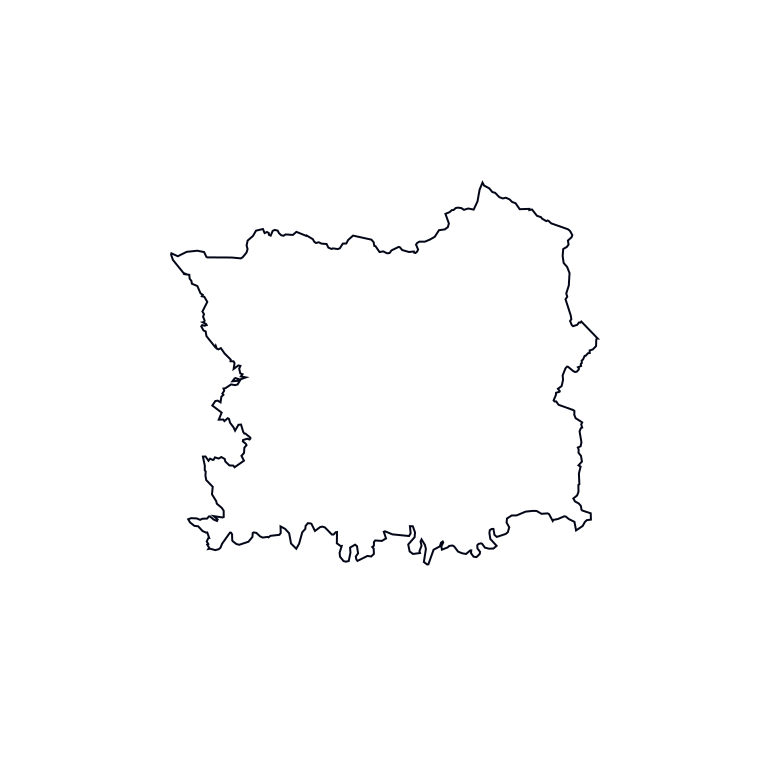 outline of Ahuatlán, Puebla, Mexico, rotated 49°
{"feature_id": "50627088B15804587261784", "entity_name": "Ahuatlán", "entity_type": "district", "adm_level": 2, "iso_a3": "MEX", "parent_name": "Mexico", "parent_adm1": "Puebla", "projection": "albers", "projection_center": [-98.289, 18.572], "detail": "fine", "context": "isolated", "style": "outline", "palette": "ink", "viewbox_px": 768, "rotation_deg": 49, "n_neighbors": 0, "source": "geoboundaries", "source_scale": "gbopen_adm2", "svg_char_len": 6165}
<svg xmlns="http://www.w3.org/2000/svg" viewBox="0 0 768 768"><g transform="rotate(49 384 384)"><path d="M563.5,282.3L561.2,280.1L559.1,279.4L560.0,276.5L557.6,273.3L548.1,267.5L546.5,264.5L546.9,263.0L543.9,261.7L543.0,259.6L535.5,261.8L532.1,260.6L529.3,258.0L528.0,258.2L514.2,265.9L510.1,265.5L509.1,266.7L507.7,266.8L505.0,261.4L503.5,259.9L505.0,256.7L504.7,256.0L501.7,255.9L502.1,251.3L498.4,246.2L494.7,243.5L491.2,236.7L491.0,234.4L491.8,233.8L498.4,232.7L500.2,232.0L501.2,230.5L500.8,227.4L500.0,226.6L498.6,226.6L499.7,223.4L498.0,222.4L497.9,220.9L496.0,219.4L496.1,217.8L494.4,214.1L495.0,213.3L494.6,209.9L495.6,208.4L493.6,206.8L494.9,203.8L494.5,199.1L489.8,194.7L489.2,193.5L489.8,192.9L466.3,194.1L466.5,195.5L465.5,196.4L466.1,199.4L464.4,203.4L462.6,203.6L458.5,202.2L458.1,200.2L454.8,198.1L439.1,191.4L438.4,188.5L435.2,187.0L430.9,179.9L422.0,171.2L415.8,169.0L410.5,169.0L404.6,165.2L399.7,160.2L400.5,156.0L399.8,153.2L396.4,151.1L396.3,146.2L395.2,144.2L390.5,143.2L387.8,143.7L372.5,152.4L369.0,152.8L367.9,153.3L367.5,154.7L363.0,156.2L361.0,156.1L357.4,158.2L349.4,157.8L348.1,160.2L347.2,159.4L341.1,166.9L333.8,166.1L330.7,167.9L327.1,168.1L323.4,169.8L321.9,172.6L318.6,174.4L312.6,174.7L310.2,176.3L305.4,176.2L299.8,178.3L296.6,177.5L300.0,184.3L307.5,193.6L311.2,201.9L306.8,205.3L305.0,209.4L302.0,210.2L299.4,212.5L298.3,214.3L298.3,217.5L297.3,218.6L297.3,221.9L295.9,226.0L305.4,229.7L307.5,232.9L307.2,236.7L304.0,241.6L306.2,249.1L305.1,254.6L303.4,259.8L299.8,263.9L299.3,266.3L299.8,268.4L304.8,270.0L305.8,272.0L305.8,274.3L304.6,275.1L303.6,274.5L300.7,278.6L294.8,282.4L291.3,282.3L290.2,282.9L288.1,290.6L288.8,293.9L287.4,295.9L283.4,297.6L281.5,300.8L274.4,300.0L273.4,300.7L270.2,298.8L266.8,298.8L251.7,310.0L251.8,316.6L253.2,320.3L251.0,323.0L252.6,328.2L251.9,330.3L248.1,333.6L247.7,335.0L244.6,336.5L240.7,335.5L237.0,339.1L234.2,340.3L232.9,342.9L230.8,343.3L228.0,342.7L221.1,345.0L221.2,345.5L211.7,350.3L211.7,355.0L206.6,360.1L206.2,362.6L204.2,364.0L201.1,364.3L198.6,363.6L196.1,365.3L195.4,367.5L197.7,372.2L195.9,373.0L194.5,371.9L192.5,372.6L191.8,375.1L187.6,373.7L184.3,380.0L186.3,385.7L186.3,392.8L189.2,396.7L192.7,398.5L194.6,401.5L195.6,407.4L195.3,409.6L188.6,416.0L172.5,434.3L171.4,434.6L166.4,433.2L160.9,437.5L154.8,446.2L152.3,455.8L145.9,458.7L146.7,459.8L151.9,461.9L168.7,462.5L170.2,461.7L170.3,462.4L173.9,459.3L177.0,461.6L179.8,461.7L182.3,463.2L187.6,460.6L195.2,463.0L197.8,462.3L198.3,463.9L200.3,462.4L206.1,463.5L210.2,473.5L213.2,474.0L214.5,476.4L218.5,477.8L219.2,479.0L218.5,480.3L222.1,478.9L223.2,479.2L222.2,481.3L220.3,482.5L220.6,484.1L225.1,485.1L227.3,484.1L231.4,486.6L245.3,487.2L244.7,485.9L247.6,487.0L249.2,486.3L249.9,483.6L256.4,484.3L265.1,483.7L266.1,484.9L268.2,482.7L270.2,483.1L274.0,487.6L274.4,481.8L276.1,480.5L277.5,483.3L281.7,485.5L283.8,484.4L284.4,487.0L288.4,483.9L286.1,489.8L282.0,492.3L281.8,493.3L282.5,496.6L286.9,490.5L288.3,494.8L287.2,497.1L284.0,499.7L283.1,506.6L282.1,508.1L284.3,509.1L285.2,512.3L286.8,512.3L286.9,515.1L290.6,519.4L287.5,520.4L286.2,522.4L287.6,527.7L299.1,525.3L302.5,532.1L305.4,528.6L307.3,528.8L307.3,524.4L308.6,523.9L312.3,525.6L318.0,526.0L321.5,527.0L319.3,520.6L320.8,518.5L327.8,521.7L329.8,521.9L330.5,521.1L336.8,520.1L337.5,520.6L337.7,521.9L335.6,523.1L333.8,527.1L334.7,528.2L338.4,527.5L340.0,527.9L340.4,531.1L344.2,534.9L344.7,538.7L350.0,540.0L348.8,551.4L346.7,551.3L344.0,554.1L338.4,554.6L336.1,553.4L332.4,554.7L331.8,557.7L328.5,559.7L329.4,562.3L329.0,563.0L326.2,564.3L326.8,566.8L321.6,566.3L320.0,568.3L328.2,572.9L331.4,575.8L333.1,576.0L336.0,578.9L339.9,581.2L349.2,580.7L354.4,586.2L362.3,587.5L364.7,588.7L371.0,587.7L374.4,588.1L379.2,592.2L378.8,593.4L372.0,599.2L377.1,598.4L377.8,599.9L374.5,601.5L369.7,602.2L369.1,603.0L369.5,605.8L366.5,609.5L365.9,611.9L362.6,613.5L358.7,617.6L357.6,620.5L361.2,621.2L366.6,620.2L369.5,617.6L375.9,617.4L379.2,615.9L380.1,614.8L385.4,616.9L384.9,617.3L386.5,621.1L389.5,621.6L389.2,622.8L392.9,623.4L393.3,624.8L394.2,623.3L398.7,620.3L400.3,617.0L400.3,614.9L398.3,610.9L395.1,597.7L395.9,597.0L397.8,597.3L402.4,601.1L403.5,601.3L407.9,600.4L410.4,598.7L414.1,589.8L413.1,583.6L410.3,580.8L410.6,579.6L412.7,578.0L417.7,577.5L420.3,576.3L423.1,572.1L424.0,571.8L424.1,569.3L429.2,561.9L428.7,559.7L423.6,555.5L428.4,553.7L434.4,553.5L443.4,558.8L450.8,558.3L448.8,552.8L442.3,543.0L441.7,538.4L439.7,536.3L439.1,532.8L440.9,531.0L441.9,530.5L449.6,532.5L450.1,526.1L451.1,524.2L453.4,522.7L463.4,522.1L464.5,520.8L464.2,517.7L464.9,516.6L473.3,524.1L478.0,523.0L478.5,522.2L482.3,528.3L485.5,530.5L491.1,530.7L493.0,529.4L494.5,526.8L489.3,520.0L485.2,516.9L486.3,511.2L488.7,510.8L493.4,513.8L494.8,514.7L495.7,518.5L498.3,520.0L500.1,520.1L502.9,509.3L505.8,506.8L505.6,503.1L501.5,499.8L499.3,499.8L499.4,497.7L496.7,495.3L496.3,493.3L501.0,488.6L501.9,483.8L495.4,481.1L495.8,479.9L503.0,476.3L515.2,464.8L514.1,461.8L508.3,457.7L510.3,455.6L516.4,458.0L519.7,461.4L521.0,471.0L527.2,474.5L531.3,473.6L535.2,467.7L533.4,466.9L530.7,461.8L526.8,459.7L525.9,457.6L532.3,458.7L536.0,460.6L544.5,470.7L548.6,469.8L549.2,468.8L541.6,455.3L543.2,448.4L541.2,445.1L541.4,443.0L542.5,443.3L544.0,447.1L547.0,449.0L549.1,443.2L549.0,441.0L550.9,438.2L552.8,437.6L559.0,438.1L563.0,436.1L566.1,433.6L566.2,428.0L566.8,427.3L568.7,429.3L573.1,429.7L575.3,427.8L575.1,423.3L573.7,421.6L569.5,421.4L566.9,419.4L566.7,417.7L567.8,415.4L569.0,414.8L573.7,415.2L577.2,412.8L580.0,409.3L580.0,405.2L570.7,405.4L565.6,402.2L563.7,400.0L564.0,397.9L565.2,396.5L570.3,399.6L573.4,399.2L577.0,390.6L577.1,387.8L574.3,383.5L569.0,382.4L566.2,379.4L567.0,373.9L570.2,370.1L573.2,360.9L577.4,354.9L580.0,352.1L585.3,350.3L589.0,345.4L590.5,344.8L598.1,346.5L597.7,345.3L600.0,341.3L602.1,334.8L603.2,333.8L607.2,333.1L613.0,330.7L620.5,335.1L621.5,327.2L619.9,322.9L619.8,320.3L622.1,316.8L617.2,312.8L609.7,317.3L608.4,317.4L605.1,315.4L602.0,315.4L597.9,316.9L594.6,316.2L594.8,311.4L593.0,308.0L587.7,303.5L587.8,302.3L579.4,295.6L575.3,289.8L573.0,290.6L572.4,285.5L567.5,282.5L563.5,282.3Z" fill="none" stroke="#020617" stroke-width="2"/></g></svg>